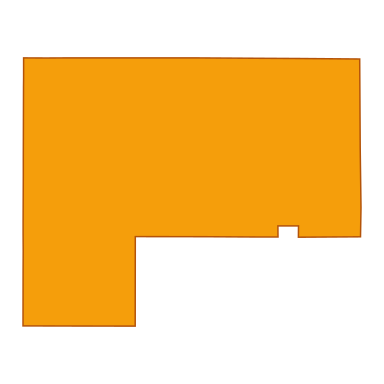 McKinley, New Mexico, United States of America
{"feature_id": "52423323B62088987492925", "entity_name": "McKinley", "entity_type": "district", "adm_level": 2, "iso_a3": "USA", "parent_name": "United States of America", "parent_adm1": "New Mexico", "projection": "equal_earth", "projection_center": [-108.491, 35.481], "detail": "fine", "context": "isolated", "style": "filled", "palette": "amber", "viewbox_px": 384, "rotation_deg": 0, "n_neighbors": 0, "source": "geoboundaries", "source_scale": "gbopen_adm2", "svg_char_len": 578}
<svg xmlns="http://www.w3.org/2000/svg" viewBox="0 0 384 384"><path d="M23.6,57.9L23.6,58.0L23.6,77.6L23.5,87.1L23.5,89.4L23.3,156.9L23.3,157.5L23.3,174.9L23.3,175.0L23.1,221.9L23.1,227.3L23.1,233.9L23.2,251.1L23.1,270.3L23.0,325.9L61.1,326.0L125.6,326.1L128.7,326.1L135.2,326.1L135.3,240.1L135.3,238.5L135.3,236.6L204.5,236.7L258.3,237.0L278.0,237.0L277.9,225.9L298.5,225.9L298.4,237.2L360.5,236.8L361.0,207.7L360.2,147.1L359.7,59.0L298.2,58.5L261.6,58.3L196.7,57.9L122.7,57.9L70.3,57.9L66.0,57.9L46.2,58.0L23.6,57.9Z" fill="#f59e0b" stroke="#b45309" stroke-width="1.5"/></svg>